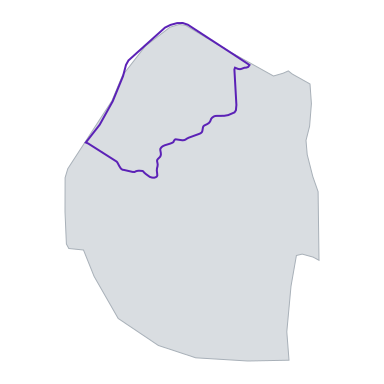 location of Hhohho within eSwatini
{"feature_id": "SWZ-534", "entity_name": "Hhohho", "entity_type": "District", "adm_level": 1, "iso_a3": "SWZ", "parent_name": "eSwatini", "parent_adm1": "", "projection": "orthographic", "projection_center": [31.368, -26.096], "detail": "fine", "context": "in_parent", "style": "outline", "palette": "violet", "viewbox_px": 384, "rotation_deg": 0, "n_neighbors": 0, "source": "natural_earth", "source_scale": "10m", "svg_char_len": 1881}
<svg xmlns="http://www.w3.org/2000/svg" viewBox="0 0 384 384"><path d="M288.3,70.9L292.2,74.0L310.0,84.0L311.4,103.7L309.6,126.2L306.0,140.4L307.2,154.6L312.8,176.6L318.1,191.7L319.0,260.3L313.1,257.1L302.2,254.1L296.4,255.5L291.0,286.2L286.8,331.8L289.0,360.2L247.8,361.0L195.7,357.8L158.4,345.5L118.2,318.5L94.1,276.4L83.5,250.0L68.8,248.5L66.4,244.0L65.0,211.7L65.1,177.7L67.8,168.7L95.0,126.8L111.9,100.8L122.4,75.6L145.3,46.1L170.0,27.2L179.2,24.5L185.5,25.3L229.0,51.3L273.5,76.0L283.2,73.2L288.3,70.9Z" fill="#d9dde1" stroke="#a8b0b8" stroke-width="1"/><path d="M182.8,23.0L187.8,24.7L208.2,38.0L228.7,51.3L246.4,62.9L249.5,65.0L248.2,66.9L247.2,67.3L245.9,67.7L244.7,67.7L243.7,68.0L241.6,68.8L240.4,69.1L239.2,69.1L238.0,68.9L235.0,67.7L234.4,69.5L236.4,105.0L235.9,110.3L234.5,112.4L228.2,115.1L224.2,115.8L216.5,115.9L215.2,116.0L213.8,116.5L212.1,117.7L211.2,118.8L210.2,121.3L209.7,122.0L209.1,122.8L207.4,124.0L204.3,125.5L203.5,126.2L203.0,127.2L202.4,130.7L202.1,131.7L201.7,132.3L201.2,132.8L199.9,133.6L188.7,137.7L186.6,138.8L185.5,139.6L184.2,140.1L182.5,140.3L175.7,139.3L174.9,139.6L174.3,140.3L173.9,140.9L173.5,141.9L173.2,142.2L172.4,142.7L170.5,143.5L164.7,145.3L162.8,146.2L161.6,147.1L160.8,148.1L160.3,149.0L160.3,150.1L160.8,152.9L160.9,154.6L160.6,155.8L160.0,156.9L157.8,159.1L157.1,160.2L157.1,161.3L157.4,162.7L157.7,164.5L157.5,166.4L157.0,168.3L156.8,170.4L157.2,173.9L157.3,175.5L156.8,176.5L155.8,177.2L154.3,177.7L152.1,177.6L149.8,176.9L145.8,174.0L144.2,172.6L143.2,171.4L142.6,171.0L141.5,170.9L139.0,170.7L137.3,170.9L136.1,171.2L134.5,172.0L132.5,171.9L123.8,169.9L122.8,169.8L121.6,169.2L120.7,168.3L119.3,166.1L117.6,162.9L117.1,162.1L116.5,161.5L88.2,143.5L85.8,142.5L99.7,124.7L112.7,101.3L123.0,76.2L126.0,64.9L128.5,60.4L145.5,45.1L165.0,27.6L170.5,24.9L177.1,23.1L182.8,23.0Z" fill="none" stroke="#5b21b6" stroke-width="2"/></svg>